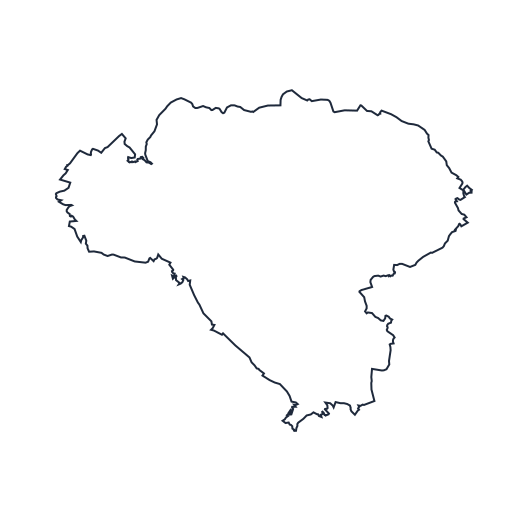 the district of Ghindari, Mures, Romania, rotated 187°
{"feature_id": "2599482B27898691544172", "entity_name": "Ghindari", "entity_type": "district", "adm_level": 2, "iso_a3": "ROU", "parent_name": "Romania", "parent_adm1": "Mures", "projection": "natural_earth1", "projection_center": [24.947, 46.49], "detail": "fine", "context": "isolated", "style": "outline", "palette": "slate", "viewbox_px": 512, "rotation_deg": 187, "n_neighbors": 0, "source": "geoboundaries", "source_scale": "gbopen_adm2", "svg_char_len": 6072}
<svg xmlns="http://www.w3.org/2000/svg" viewBox="0 0 512 512"><g transform="rotate(187 256 256)"><path d="M262.5,406.8L270.9,403.6L276.3,398.6L277.1,399.0L278.6,398.5L285.6,399.4L289.8,402.0L292.5,402.1L295.6,402.9L299.2,402.5L302.9,399.9L304.9,394.4L306.1,393.7L307.7,394.6L309.9,397.4L310.9,398.0L314.0,398.1L317.0,395.6L318.1,395.4L320.3,397.2L323.7,397.5L326.8,398.4L332.2,395.8L334.3,395.5L336.7,396.8L337.7,399.0L339.1,400.3L346.2,402.8L349.6,403.6L353.9,401.7L359.3,397.9L362.4,393.8L363.8,391.1L369.2,384.1L371.3,379.0L370.3,374.6L372.0,367.4L374.9,362.8L375.4,361.2L377.6,358.4L378.7,355.5L378.1,353.8L378.7,351.2L378.3,347.5L378.6,344.5L378.2,343.0L375.0,337.0L372.1,336.2L370.6,335.0L371.2,334.5L373.5,335.6L376.1,335.6L378.2,337.5L380.4,338.4L380.6,338.8L379.8,339.6L381.0,340.6L382.4,340.1L382.6,338.6L385.2,337.9L385.6,337.1L385.0,335.8L387.1,334.5L387.5,335.1L389.7,334.1L390.6,334.7L391.3,333.9L392.1,334.0L392.8,333.5L393.7,333.8L393.8,334.4L394.8,334.7L395.1,334.9L394.4,336.3L395.0,337.6L394.9,338.6L391.8,338.0L388.4,339.0L388.4,342.2L394.7,348.3L397.3,349.4L400.0,351.2L400.5,353.4L399.7,356.9L404.0,360.8L406.5,358.4L416.6,346.0L419.1,344.7L422.2,339.6L425.7,341.4L430.9,342.5L431.6,341.9L432.4,339.5L432.5,338.1L432.1,336.5L432.3,336.0L435.5,336.3L443.5,339.1L445.8,336.3L451.9,325.3L453.6,323.5L454.4,323.2L454.1,322.6L455.4,321.4L456.4,319.0L453.3,318.4L455.0,314.8L456.9,312.7L459.8,308.0L449.3,306.2L450.4,300.8L454.2,297.5L458.5,296.0L461.8,294.0L462.2,293.1L461.2,291.1L461.7,290.2L461.6,289.3L459.9,287.9L456.1,287.6L458.2,285.8L453.7,283.8L451.3,283.3L445.5,284.2L444.8,283.9L447.0,282.8L448.1,281.5L449.5,278.6L449.3,277.2L448.4,276.2L446.0,274.9L445.6,273.0L444.5,272.6L443.9,273.5L442.3,272.8L440.3,270.2L438.6,268.9L445.0,267.5L445.3,262.9L443.1,262.6L439.4,260.7L435.8,253.5L431.6,248.5L431.4,250.4L429.9,253.4L430.0,254.8L428.8,255.2L426.3,250.5L426.4,247.5L424.6,245.8L424.1,243.1L422.2,239.9L417.4,240.8L409.7,240.3L407.4,238.9L403.3,237.9L399.1,239.9L397.5,240.0L389.8,238.1L386.1,238.5L375.7,235.8L364.8,235.9L362.4,237.2L361.5,240.6L360.8,241.2L357.0,238.4L356.3,240.3L354.5,241.3L353.9,242.1L353.2,245.6L349.2,241.8L340.1,239.0L341.0,236.8L336.5,232.3L336.5,231.6L337.6,230.7L337.3,229.9L336.0,228.7L334.6,228.6L334.9,225.6L336.9,226.3L335.7,223.3L334.1,225.2L333.7,226.5L332.8,226.8L332.5,226.2L333.0,225.3L332.4,222.3L328.5,219.9L329.2,218.4L327.4,219.4L325.9,221.0L325.2,223.3L326.5,224.1L324.9,225.3L325.5,226.4L323.8,226.1L321.5,224.5L320.3,222.9L318.3,223.7L318.3,219.4L312.7,209.7L308.0,202.7L306.3,200.9L301.2,192.7L292.3,185.7L291.4,182.6L288.9,182.5L290.2,179.1L291.6,177.3L288.8,176.9L280.2,173.7L279.3,175.2L265.6,164.7L250.1,154.5L247.4,149.9L244.1,147.3L241.6,144.5L239.7,144.3L238.8,143.3L233.8,140.4L235.0,138.1L227.4,134.5L222.0,132.7L216.7,131.8L208.8,125.3L205.6,121.2L203.0,115.8L198.6,115.5L196.6,114.1L198.4,113.0L200.0,113.0L198.3,111.2L201.7,110.7L201.7,109.9L200.5,108.7L201.6,103.1L202.9,102.8L202.3,105.5L202.9,105.8L202.5,107.4L202.8,107.6L204.7,103.9L204.7,103.2L205.9,101.7L204.8,101.0L206.6,99.3L207.5,97.4L209.5,95.7L206.3,93.8L203.3,94.7L202.0,92.8L200.7,92.6L199.3,91.5L198.8,89.1L197.1,88.3L197.1,87.4L196.7,87.1L195.0,87.4L194.9,90.2L194.2,92.4L194.5,94.2L193.8,95.7L189.1,100.2L186.3,103.9L182.3,105.4L179.9,107.8L176.2,106.4L175.2,106.5L174.1,104.9L171.4,104.2L172.4,106.3L170.3,107.4L171.3,109.3L171.0,109.6L169.8,108.7L168.5,106.5L167.3,106.7L167.2,106.3L164.7,107.7L164.4,108.5L168.9,112.2L168.8,112.6L166.7,113.2L166.4,113.8L167.0,116.5L169.3,119.0L164.4,118.9L161.6,116.9L160.5,115.2L159.2,120.7L154.2,120.2L150.6,120.6L147.4,120.2L144.5,119.0L143.5,116.7L143.5,115.5L142.4,113.5L138.5,110.5L136.1,115.0L135.0,116.0L136.1,117.2L135.2,118.8L136.1,120.1L134.0,120.0L132.0,121.5L130.7,121.3L120.8,126.5L125.1,137.5L126.1,144.0L125.9,146.0L126.8,149.9L127.1,158.1L117.1,157.7L115.2,158.1L112.7,159.5L110.5,164.6L111.2,168.0L110.9,178.9L111.5,182.0L112.5,184.5L111.7,185.2L108.8,186.0L109.6,187.6L109.8,189.2L109.4,190.8L108.5,192.0L110.2,194.1L116.4,197.3L117.2,198.6L116.6,200.7L116.7,201.4L117.4,202.3L117.3,203.5L116.5,204.9L113.9,206.3L113.8,208.4L113.1,209.5L115.4,210.3L116.9,211.9L119.4,212.8L120.2,212.4L120.2,209.9L121.6,207.1L124.3,207.3L127.2,209.3L130.1,210.1L133.9,213.5L138.1,213.6L139.2,212.6L141.0,214.3L139.8,217.5L140.1,220.0L142.3,224.3L143.6,228.3L149.0,233.0L148.9,233.7L147.1,235.1L137.0,239.4L139.3,244.0L139.3,246.3L137.2,249.6L136.0,250.5L132.3,251.4L129.8,250.8L127.0,252.1L124.8,251.8L122.4,253.0L121.7,252.2L121.1,253.1L120.1,252.3L119.3,253.1L118.0,253.1L117.1,255.3L116.2,255.6L116.0,256.6L116.3,257.2L117.1,257.4L118.0,259.2L117.8,264.0L114.8,264.2L112.5,265.7L110.0,266.0L101.8,263.9L96.8,266.6L95.8,269.1L94.2,271.2L90.0,275.5L82.9,280.7L81.6,280.6L71.9,287.0L70.8,288.6L70.0,291.5L67.6,294.6L66.9,299.3L65.8,301.3L64.3,303.6L61.0,305.2L60.9,305.9L61.9,305.8L61.8,306.2L58.9,310.3L58.3,312.5L57.9,312.8L57.1,312.3L55.8,310.5L49.9,314.9L54.5,317.9L54.5,318.5L51.8,320.1L54.3,322.4L57.0,322.8L60.5,325.9L61.4,328.2L65.0,333.1L65.1,333.9L64.8,334.4L63.3,334.8L64.9,336.8L64.2,337.5L63.1,338.0L61.2,336.8L59.9,336.6L55.9,339.9L56.6,340.5L57.8,343.3L58.1,345.7L57.3,345.9L54.7,342.6L52.1,344.8L49.8,345.1L49.9,346.4L51.7,347.2L50.1,347.3L49.8,347.9L52.6,349.5L55.0,351.5L56.5,350.0L58.6,346.6L62.3,348.3L60.0,353.1L60.0,354.4L60.7,355.4L62.1,356.7L65.7,357.6L64.8,359.1L67.0,360.6L72.1,362.6L75.0,366.8L77.7,369.4L78.7,373.1L82.7,377.4L84.7,378.3L87.7,380.7L89.2,380.8L91.6,383.3L94.8,383.9L98.9,390.8L98.5,392.2L99.3,394.4L99.5,397.1L101.2,398.3L104.0,401.7L111.0,405.3L115.6,405.9L120.9,405.9L127.9,407.7L133.5,410.9L139.2,413.2L149.1,415.6L150.3,413.7L150.0,412.4L150.9,412.2L151.7,410.9L152.4,410.5L159.1,413.7L163.5,413.5L169.8,418.2L170.7,418.3L173.4,412.6L185.8,411.4L195.5,408.3L196.8,408.9L200.7,417.1L201.9,418.7L203.0,419.4L204.2,419.7L210.7,419.2L219.5,416.5L221.9,418.1L223.2,417.7L224.1,416.6L229.9,418.3L240.6,424.9L245.5,423.0L248.9,419.8L250.0,417.1L250.6,414.0L250.1,408.5L262.5,406.8Z" fill="none" stroke="#1e293b" stroke-width="2"/></g></svg>